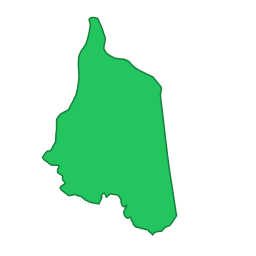 outline of Syria, rotated 295°
{"feature_id": "SYR", "entity_name": "Syria", "entity_type": "country or territory", "adm_level": 0, "iso_a3": "SYR", "parent_name": "Asia", "parent_adm1": "", "projection": "natural_earth1", "projection_center": [38.0, 34.807], "detail": "fine", "context": "isolated", "style": "filled", "palette": "green", "viewbox_px": 256, "rotation_deg": 295, "n_neighbors": 0, "source": "natural_earth", "source_scale": "50m", "svg_char_len": 2064}
<svg xmlns="http://www.w3.org/2000/svg" viewBox="0 0 256 256"><g transform="rotate(295 128 128)"><path d="M45.0,91.8L47.0,92.0L51.2,94.6L51.8,94.5L53.1,91.1L54.4,90.0L57.0,89.0L57.7,83.5L58.9,82.4L60.4,81.9L62.6,81.8L64.6,81.5L64.7,80.5L62.0,74.2L62.3,72.6L63.6,66.2L64.5,63.8L65.3,63.0L68.3,63.3L72.7,64.4L73.8,66.2L75.9,67.8L79.1,67.7L82.8,68.0L85.6,68.1L87.9,67.0L93.1,64.9L95.6,64.2L97.9,63.2L105.4,59.7L108.4,60.0L110.4,60.5L112.0,61.0L115.5,63.4L118.4,65.8L120.5,66.5L124.1,66.5L129.4,66.9L135.9,66.9L139.7,66.2L144.6,65.0L153.2,62.2L164.5,56.2L171.2,53.4L174.1,53.0L177.8,53.0L181.6,53.7L185.8,54.3L187.8,54.2L192.4,53.6L198.3,52.4L202.1,51.4L206.6,49.8L209.4,47.1L210.3,46.9L211.4,47.4L212.0,47.5L213.2,49.1L214.4,53.0L214.4,53.4L214.2,54.6L211.3,57.8L207.4,62.2L204.5,65.0L199.7,69.6L196.1,70.6L190.0,72.3L188.4,74.0L186.9,76.6L186.0,80.2L185.8,82.5L185.7,86.7L187.1,91.1L188.6,95.3L188.8,98.0L188.6,100.8L187.3,103.7L185.9,107.7L185.1,112.3L184.8,120.8L184.8,128.0L184.7,129.2L182.2,134.3L179.3,140.3L178.0,141.6L171.5,143.4L164.4,147.8L156.6,152.7L149.4,157.1L141.8,161.8L134.0,166.6L128.4,170.1L120.9,174.7L114.1,179.1L107.1,183.6L101.9,187.0L93.9,192.4L89.2,195.6L82.2,200.2L76.1,204.3L68.9,209.1L59.9,207.7L57.1,206.9L54.7,204.6L53.0,203.3L48.8,202.1L46.0,197.7L44.4,196.2L41.6,195.5L42.8,192.7L43.0,190.9L44.3,188.7L43.5,187.2L43.2,184.1L42.6,183.3L42.4,182.5L42.9,181.5L42.7,180.5L42.2,180.1L42.0,178.5L41.6,177.4L41.8,176.0L42.4,175.1L43.1,173.3L43.9,172.8L45.1,171.7L45.4,170.5L46.5,169.4L48.0,168.5L48.3,167.8L48.1,167.4L46.6,166.5L45.9,165.1L46.6,163.0L47.0,162.3L47.9,161.3L49.9,159.7L51.4,159.5L52.7,159.5L54.9,159.6L56.6,159.9L57.1,159.5L57.0,159.0L54.9,157.7L54.8,156.7L55.3,155.6L56.8,153.9L58.6,152.6L59.6,152.4L61.6,149.9L63.0,147.0L60.9,140.1L59.6,139.0L57.5,138.1L56.3,138.0L56.2,137.5L57.8,135.8L59.0,134.2L57.7,132.8L55.4,132.1L54.5,133.6L51.6,133.7L46.9,133.7L45.0,126.5L44.7,123.3L44.7,119.7L46.2,114.3L45.5,111.9L45.5,110.2L45.2,107.9L41.6,103.0L43.6,94.0L45.0,91.8Z" fill="#22c55e" stroke="#15803d" stroke-width="1.5"/></g></svg>